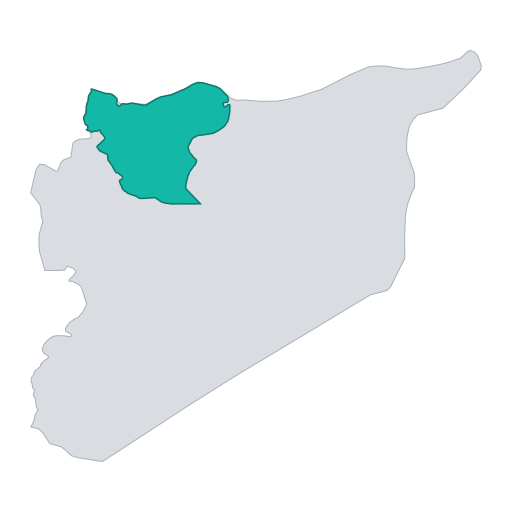 Syria, with Aleppo highlighted
{"feature_id": "SYR-137", "entity_name": "Aleppo", "entity_type": "Province", "adm_level": 1, "iso_a3": "SYR", "parent_name": "Syria", "parent_adm1": "", "projection": "robinson", "projection_center": [37.495, 36.172], "detail": "fine", "context": "in_parent", "style": "filled", "palette": "teal", "viewbox_px": 512, "rotation_deg": 0, "n_neighbors": 0, "source": "natural_earth", "source_scale": "10m", "svg_char_len": 5132}
<svg xmlns="http://www.w3.org/2000/svg" viewBox="0 0 512 512"><path d="M39.7,164.2L44.8,164.8L55.7,171.2L57.6,171.0L60.9,162.5L64.1,159.6L70.9,157.1L72.9,143.2L76.0,140.6L79.9,139.2L85.7,138.9L90.8,138.1L91.1,135.6L84.1,119.7L84.7,115.6L88.2,99.6L90.4,93.3L92.4,91.2L100.5,92.0L111.8,94.9L114.7,99.5L120.3,103.6L128.5,103.3L138.1,104.1L145.5,104.3L151.5,101.5L164.9,96.1L171.6,94.3L177.7,91.9L197.1,83.1L204.9,83.7L210.2,84.9L214.3,86.3L223.5,92.3L231.1,98.4L236.4,100.2L246.0,100.1L259.8,101.3L276.8,101.2L286.6,99.5L299.3,96.5L321.7,89.3L351.2,74.2L368.5,66.9L376.0,66.0L385.8,66.0L395.6,67.9L406.7,69.2L411.8,69.1L423.8,67.6L439.3,64.6L449.0,62.1L460.7,58.0L468.0,51.2L470.3,50.5L473.4,51.7L474.8,52.2L477.9,56.0L481.3,66.0L481.3,67.1L480.7,70.0L473.2,78.2L462.9,89.3L455.5,96.3L443.0,108.1L433.6,110.7L417.7,114.9L413.5,119.1L409.6,125.8L407.4,134.9L406.8,140.6L406.5,151.3L410.4,162.4L414.2,173.0L414.7,180.0L414.5,187.0L411.1,194.4L407.5,204.5L405.4,216.0L404.6,237.5L404.8,255.9L404.5,258.9L398.0,271.8L390.5,287.0L386.9,290.5L370.0,295.0L351.6,306.1L331.0,318.5L312.3,329.8L292.7,341.6L272.3,353.8L257.7,362.6L238.1,374.3L220.3,385.5L202.2,396.9L188.4,405.5L167.5,419.2L155.3,427.2L137.2,438.9L121.3,449.3L102.5,461.5L78.9,457.9L71.5,455.8L65.4,450.0L61.0,446.8L49.8,443.6L42.7,432.7L38.5,428.8L31.0,427.0L34.2,420.0L34.9,415.4L38.1,409.7L36.1,406.0L35.2,398.1L33.8,396.2L33.3,394.1L34.4,391.6L34.0,389.0L32.7,387.9L32.1,383.9L31.1,381.0L31.6,377.5L33.3,375.2L35.0,370.7L37.0,369.4L40.1,366.6L41.0,363.7L43.8,360.9L47.6,358.6L48.5,356.7L47.9,355.7L44.2,353.6L42.1,349.9L44.0,344.6L45.2,342.9L47.5,340.3L52.6,336.4L56.6,335.7L60.0,335.7L65.8,336.0L70.3,336.7L71.4,335.7L71.3,334.4L65.7,331.2L65.4,328.6L66.8,325.9L70.8,321.5L75.5,318.3L77.9,317.7L83.3,311.3L86.7,304.1L81.2,286.7L77.9,283.9L72.4,281.5L69.2,281.1L68.9,280.0L73.3,275.6L76.3,271.7L73.0,268.0L66.9,266.3L64.7,270.1L56.9,270.5L44.9,270.4L39.6,252.0L38.9,244.0L39.1,234.8L42.8,221.3L41.1,215.1L41.0,210.9L40.1,205.1L30.7,192.7L36.0,169.8L39.7,164.2Z" fill="#d9dde1" stroke="#a8b0b8" stroke-width="1"/><path d="M199.3,82.5L203.8,83.0L216.8,86.8L220.2,88.7L227.4,96.0L228.3,99.7L228.4,100.0L228.4,100.5L228.2,100.9L227.8,101.7L227.5,102.0L227.2,102.2L223.7,102.7L223.2,102.9L223.1,103.3L223.2,104.0L223.6,105.5L223.8,106.2L224.0,106.6L224.3,106.8L224.5,106.9L224.8,106.9L225.1,106.9L225.6,106.7L226.3,106.2L228.0,104.8L228.5,104.6L229.0,104.5L229.3,104.6L229.5,104.8L229.7,105.0L229.8,105.2L229.9,105.5L229.9,105.8L229.8,111.4L229.5,113.7L229.0,116.1L228.5,118.9L228.1,120.3L227.3,122.0L224.7,125.8L224.1,126.5L223.3,127.2L218.8,130.3L213.2,133.3L201.9,135.1L199.3,135.2L197.4,135.7L194.6,137.1L193.5,137.7L193.1,138.0L192.4,138.8L191.6,139.8L191.0,141.0L190.2,142.9L188.7,145.2L188.4,145.7L188.2,146.3L188.1,146.9L188.2,147.9L188.5,149.2L189.4,151.7L190.0,152.9L190.6,153.7L191.6,154.7L192.5,155.8L193.4,157.3L196.2,159.6L196.4,160.0L196.5,160.4L196.4,161.3L196.3,161.7L196.2,162.1L196.1,162.3L195.8,163.3L195.3,164.4L195.1,164.7L194.8,165.1L193.4,166.5L190.8,170.2L190.6,170.3L190.3,170.8L189.7,171.8L187.8,176.4L186.0,183.9L185.6,186.8L185.7,187.2L185.7,187.6L185.8,188.1L186.0,188.5L186.1,188.8L187.2,190.1L200.4,203.8L171.1,203.9L165.3,203.1L162.2,202.2L161.0,201.7L156.5,198.5L156.4,198.5L155.1,197.6L143.8,198.4L139.8,198.4L139.3,198.2L138.7,197.9L136.3,196.3L130.4,194.3L127.6,193.1L127.2,192.9L126.2,191.9L125.7,191.6L125.4,191.4L124.8,191.2L124.4,191.0L122.3,188.5L121.9,187.9L121.7,186.4L121.5,185.9L121.0,185.3L120.4,184.1L119.4,180.9L119.8,180.4L120.2,180.0L121.0,179.7L121.6,179.2L122.0,178.9L122.2,178.6L122.4,178.1L122.5,177.8L122.6,177.4L122.6,177.1L122.5,176.8L122.3,176.5L122.0,176.1L120.0,174.7L118.6,173.4L117.8,172.9L116.7,172.8L116.4,172.7L116.1,172.6L115.7,172.1L115.1,171.3L111.7,165.1L108.0,159.9L107.9,159.6L107.9,159.3L107.9,158.6L107.7,156.0L107.6,155.4L107.5,154.8L107.1,154.4L106.4,154.0L100.7,151.4L100.1,151.0L99.4,150.4L98.8,149.7L98.3,148.7L96.9,146.9L97.7,145.5L100.0,143.7L100.4,143.3L100.7,142.8L101.1,142.5L101.2,142.3L101.4,142.2L102.0,141.8L102.2,141.7L102.7,141.0L104.1,139.7L104.4,139.2L104.7,138.7L104.9,138.4L104.9,138.1L104.9,137.6L104.6,137.1L102.9,134.8L100.8,132.9L100.4,132.2L100.2,130.9L100.2,130.6L100.0,130.4L99.9,130.2L99.7,130.0L99.3,129.9L98.9,130.1L97.4,131.1L97.1,131.2L94.9,131.2L92.5,131.7L91.6,132.2L90.8,131.2L89.7,130.8L87.5,130.6L86.8,129.9L87.1,129.9L87.5,129.2L87.9,127.9L87.9,127.2L87.9,126.6L87.7,126.0L87.3,125.5L87.0,125.2L85.9,124.8L85.5,124.3L85.1,123.7L83.8,119.2L83.6,117.9L83.9,116.6L86.0,113.5L86.3,109.9L86.3,106.3L87.2,102.8L88.0,100.8L88.3,99.2L88.3,97.6L88.6,95.8L89.5,94.2L90.6,92.7L91.4,91.1L91.2,89.1L91.8,89.1L92.4,89.2L92.5,89.2L105.1,93.4L109.4,93.7L110.7,94.0L112.0,94.5L113.3,95.2L114.4,96.2L116.5,98.1L117.0,99.1L117.1,100.8L116.5,103.5L116.7,104.4L118.0,105.5L119.3,106.3L120.0,106.1L120.5,105.3L121.6,104.3L122.9,103.7L124.0,103.8L125.1,104.1L126.4,104.3L130.7,103.2L132.3,103.1L143.4,105.1L146.2,105.1L151.4,101.8L156.3,98.8L160.4,97.0L171.7,94.7L182.7,89.8L184.6,89.3L185.8,88.5L192.4,84.5L197.0,82.7L199.3,82.5Z" fill="#14b8a6" stroke="#0f766e" stroke-width="1.5"/></svg>